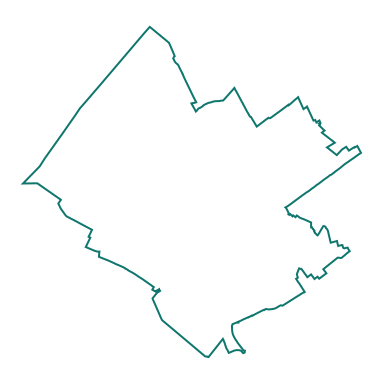 Westland, Zuid-Holland, Netherlands (orthographic projection)
{"feature_id": "6326949B68142534510044", "entity_name": "Westland", "entity_type": "district", "adm_level": 2, "iso_a3": "NLD", "parent_name": "Netherlands", "parent_adm1": "Zuid-Holland", "projection": "orthographic", "projection_center": [4.25, 52.001], "detail": "fine", "context": "isolated", "style": "outline", "palette": "teal", "viewbox_px": 384, "rotation_deg": 0, "n_neighbors": 0, "source": "geoboundaries", "source_scale": "gbopen_adm2", "svg_char_len": 5745}
<svg xmlns="http://www.w3.org/2000/svg" viewBox="0 0 384 384"><path d="M149.8,26.9L144.1,33.3L101.5,83.4L87.9,99.2L79.8,108.5L74.9,115.8L62.6,133.4L44.8,158.4L39.7,166.4L23.0,183.5L37.3,183.3L60.9,199.8L58.3,203.5L60.5,208.0L60.6,208.4L65.2,214.8L66.0,215.8L66.2,216.0L66.7,216.4L71.2,218.8L73.1,219.7L81.8,224.4L92.0,229.8L90.4,233.2L88.6,236.8L90.3,237.6L85.8,247.0L87.8,247.9L94.6,250.8L97.4,251.6L98.7,251.7L99.4,251.6L98.9,256.8L106.1,259.7L106.7,259.8L113.3,262.8L117.0,264.6L117.4,264.6L123.6,267.4L124.7,268.0L124.8,268.3L127.9,269.9L128.0,270.2L129.0,270.8L132.9,272.9L134.2,273.7L136.2,275.0L137.5,275.9L139.1,277.0L140.9,278.1L141.2,278.3L143.2,279.6L147.7,282.8L153.8,287.1L152.3,289.7L153.3,290.3L154.6,291.0L154.8,290.9L155.6,291.5L155.9,291.2L156.2,290.9L156.6,290.7L159.0,289.3L159.0,289.5L159.1,289.4L159.6,290.2L160.1,290.9L157.0,292.8L152.6,298.3L152.5,298.5L161.1,318.2L162.1,320.2L177.4,333.0L177.5,333.1L205.2,356.4L208.4,356.7L208.1,357.0L208.5,357.1L222.9,338.9L223.5,340.1L224.6,342.9L225.7,346.4L225.9,346.9L226.4,348.3L226.7,348.9L227.3,349.7L227.6,350.4L227.8,350.7L227.9,351.0L228.5,352.4L228.8,352.9L230.0,352.4L232.3,351.4L234.2,350.6L234.8,350.5L235.9,350.2L236.6,350.1L237.6,350.1L238.7,350.2L239.2,350.2L240.1,350.4L240.7,350.6L241.2,350.9L243.1,353.1L244.6,352.6L244.9,350.7L243.5,350.4L237.4,342.5L237.2,341.9L235.9,340.1L234.9,338.5L234.1,337.0L233.5,335.8L232.8,334.1L232.6,333.3L232.2,331.2L231.9,326.0L232.4,324.8L232.4,324.7L232.5,324.2L236.9,322.4L237.8,322.7L238.3,322.6L238.0,322.0L238.0,321.9L242.1,320.1L243.2,319.5L248.3,317.2L248.4,317.4L251.9,315.5L252.1,315.9L255.3,314.1L262.2,310.6L264.1,309.8L264.3,310.0L265.9,309.0L267.6,309.3L268.9,309.4L270.1,309.3L271.4,309.2L273.7,308.8L274.8,308.5L275.7,308.2L280.6,305.3L281.0,305.3L282.5,305.7L302.7,292.9L304.2,292.4L304.7,292.0L304.3,291.4L298.9,282.9L298.5,282.6L296.1,278.8L297.8,277.7L296.9,274.4L296.9,274.0L299.1,268.4L301.4,269.2L301.5,269.1L303.0,271.0L304.1,272.6L307.4,277.2L311.1,274.4L314.5,279.0L317.5,276.7L319.2,278.7L326.4,273.3L323.3,269.2L337.6,257.7L338.0,257.6L340.9,258.0L341.5,257.9L345.8,254.3L346.9,253.3L349.7,251.2L348.5,249.5L347.8,247.8L347.5,247.6L347.3,247.6L344.5,248.3L344.2,248.3L343.2,247.8L343.0,247.6L342.5,245.2L342.3,245.1L342.1,245.0L338.7,245.8L338.2,246.0L337.8,244.5L337.7,244.3L337.0,241.0L330.7,242.7L327.9,230.8L327.8,230.6L327.5,230.0L327.0,229.1L326.6,228.7L326.1,228.2L325.9,228.0L325.9,227.9L325.7,227.4L325.6,227.0L325.3,226.7L325.2,226.6L324.8,226.4L324.3,226.2L323.3,226.1L321.7,228.7L319.6,232.4L318.8,233.6L317.9,235.1L317.5,235.4L317.0,235.0L316.2,234.2L315.6,233.5L315.5,233.4L315.3,233.2L315.2,233.2L314.8,232.9L314.7,232.7L314.9,232.3L314.1,231.3L314.4,230.7L313.8,229.9L313.7,229.9L313.1,229.0L312.8,229.0L312.1,227.4L311.1,227.4L311.1,226.5L311.1,222.5L305.6,220.0L305.4,219.9L304.9,219.7L302.8,218.9L302.0,218.6L301.2,218.3L300.5,217.9L300.2,217.9L299.7,217.6L298.3,216.5L296.8,215.5L295.5,217.2L293.1,215.4L292.4,216.3L290.3,214.1L289.4,214.9L288.3,214.3L288.3,214.2L288.9,213.6L288.3,212.3L287.1,209.9L285.9,207.7L285.5,207.4L286.5,206.8L287.4,206.4L287.9,206.0L289.5,204.9L301.9,195.7L305.3,193.3L306.3,192.5L306.9,192.2L308.0,191.5L308.5,191.2L310.2,190.0L310.9,189.4L311.3,189.0L311.9,188.6L312.2,188.4L312.6,188.1L313.1,187.8L313.7,187.4L316.8,184.9L317.2,184.7L317.8,184.3L318.4,183.9L319.6,183.0L323.9,179.7L328.7,176.3L329.4,175.7L329.7,175.3L330.0,175.2L331.0,174.8L331.3,174.6L332.1,174.1L332.8,173.5L334.0,172.7L335.3,171.5L336.9,170.4L339.7,168.3L341.1,167.2L342.6,165.9L345.4,163.7L348.4,161.7L350.0,160.5L352.2,159.0L353.3,158.2L353.9,157.8L359.0,154.2L361.0,152.9L357.3,146.0L354.5,147.6L354.2,147.2L348.9,150.6L346.2,146.8L342.0,149.5L336.8,155.1L327.4,147.7L327.0,147.4L334.8,142.7L322.3,133.0L321.9,132.7L323.9,131.0L324.5,130.6L320.5,126.7L319.2,125.5L320.0,124.7L319.6,124.2L319.0,123.7L320.4,123.1L320.4,122.7L319.9,121.7L319.4,120.5L318.1,121.3L317.1,122.0L316.7,122.3L316.4,122.5L315.2,120.0L313.5,120.6L313.4,120.5L311.9,117.2L310.0,113.1L307.3,107.2L307.2,107.3L306.9,106.6L306.2,107.2L303.5,109.1L302.2,106.3L299.9,101.2L298.7,98.6L298.1,97.2L294.3,100.4L292.9,101.7L289.7,104.5L289.2,104.9L289.2,104.7L288.7,104.5L287.6,105.4L281.6,109.9L278.2,112.4L274.6,115.0L270.2,118.2L269.7,118.1L269.1,118.1L268.5,118.2L268.3,117.9L266.5,119.2L265.8,119.7L263.3,121.6L263.1,121.8L260.8,123.5L260.6,123.7L258.6,125.2L256.7,126.6L256.5,126.3L256.1,125.4L255.5,124.5L254.6,123.1L254.0,121.9L252.7,119.9L252.0,118.6L251.7,118.2L251.3,117.4L251.1,117.1L250.9,116.9L250.5,116.8L250.4,116.8L250.1,116.7L249.8,116.3L249.1,115.2L247.8,112.7L247.1,111.7L246.3,110.1L245.4,108.4L245.2,108.1L244.7,107.0L244.1,106.0L242.9,103.8L242.8,103.3L242.7,103.1L242.6,102.9L242.2,102.5L241.6,101.5L241.5,101.1L241.1,100.3L240.6,99.5L237.8,94.2L237.2,93.1L236.4,91.6L235.7,90.5L235.1,89.4L234.7,88.6L234.7,88.4L234.4,87.9L233.7,88.7L232.8,89.8L223.2,100.5L222.0,100.6L221.5,100.6L221.1,100.6L220.4,100.8L219.7,101.0L218.5,101.1L216.8,101.1L215.7,101.2L214.9,101.3L214.5,101.3L214.0,101.4L212.0,101.9L211.1,102.3L210.6,102.5L209.1,102.7L208.7,102.8L207.7,103.2L207.4,103.3L206.9,103.6L205.8,104.1L204.9,104.5L204.2,104.9L203.9,105.0L203.5,105.5L202.9,105.9L202.5,106.3L201.4,107.1L200.7,107.5L200.4,107.7L199.6,108.0L198.5,108.5L198.1,109.0L197.4,109.9L196.7,110.8L195.9,111.5L193.0,106.2L191.8,104.2L191.4,103.4L192.1,103.2L192.6,103.1L193.4,103.1L193.8,103.0L194.2,102.9L196.2,102.3L193.5,97.0L184.4,78.2L183.8,76.8L182.2,73.2L182.3,73.2L180.3,69.4L179.5,67.7L178.9,66.4L178.2,65.1L177.6,64.4L176.7,63.6L175.6,62.7L174.5,61.0L174.4,60.9L173.9,59.6L173.2,58.4L174.0,56.8L174.7,56.2L173.2,52.5L171.4,48.3L169.9,44.8L169.0,42.8L149.8,26.9Z" fill="none" stroke="#0f766e" stroke-width="2"/></svg>